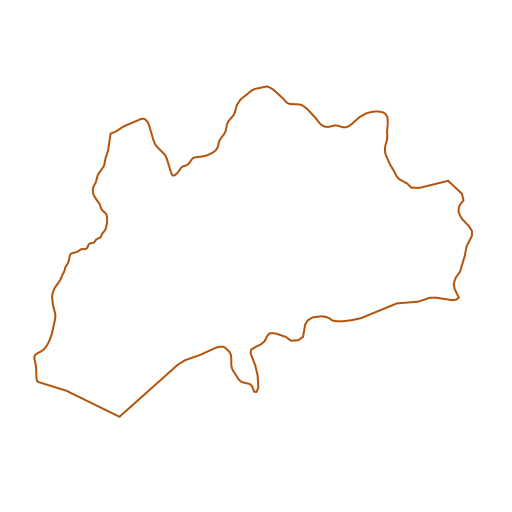 SVG path tracing the border of Nong Bua Lam Phu, rotated 94°
{"feature_id": "THA-449", "entity_name": "Nong Bua Lam Phu", "entity_type": "Province", "adm_level": 1, "iso_a3": "THA", "parent_name": "Thailand", "parent_adm1": "", "projection": "albers", "projection_center": [102.251, 17.201], "detail": "fine", "context": "isolated", "style": "outline", "palette": "amber", "viewbox_px": 512, "rotation_deg": 94, "n_neighbors": 0, "source": "natural_earth", "source_scale": "10m", "svg_char_len": 3422}
<svg xmlns="http://www.w3.org/2000/svg" viewBox="0 0 512 512"><g transform="rotate(94 256 256)"><path d="M425.9,381.0L403.6,435.9L397.2,463.1L396.2,465.6L395.2,466.0L392.4,466.6L384.9,467.3L381.0,467.9L373.7,470.0L371.5,469.9L369.7,469.1L368.7,467.9L366.3,464.0L364.4,461.6L363.1,460.5L360.2,458.6L357.2,457.1L354.0,455.9L346.9,454.0L332.7,452.0L330.6,451.9L328.7,452.1L326.9,452.5L319.2,455.1L311.7,456.5L309.2,456.5L307.4,456.3L302.1,454.7L293.7,449.7L287.0,447.3L286.5,446.9L286.0,446.7L284.9,446.3L280.4,445.3L278.2,444.2L277.6,443.8L274.0,442.4L270.0,442.0L267.8,441.5L266.5,440.5L265.9,439.2L264.9,436.2L264.3,434.8L263.6,433.7L261.8,431.5L261.3,430.2L261.1,428.7L261.1,427.2L260.6,425.9L259.6,425.0L258.2,424.4L256.7,424.0L255.5,423.2L254.8,421.9L254.5,420.4L254.1,419.0L253.1,418.0L250.8,416.6L249.9,415.5L248.6,412.9L247.5,412.0L244.6,411.1L241.7,409.0L239.3,407.8L233.7,406.9L229.9,407.0L227.2,407.3L225.6,407.9L224.4,408.6L223.4,409.6L221.7,412.0L220.5,413.1L218.8,414.1L216.1,415.1L214.4,416.1L213.1,417.1L211.8,418.5L206.6,422.2L204.2,423.0L201.9,423.4L200.0,423.3L198.4,423.1L193.8,421.0L192.6,420.7L186.4,419.5L183.8,418.2L177.7,414.4L176.3,413.9L174.7,413.6L169.4,413.0L161.0,410.9L144.1,409.6L142.1,405.4L141.3,404.1L137.2,398.8L135.5,396.2L127.3,380.2L126.9,378.5L127.2,376.6L128.9,374.4L130.5,373.0L132.2,372.1L148.1,366.2L151.2,364.6L152.4,363.8L154.6,361.6L161.6,353.7L164.9,351.9L179.3,346.3L180.7,345.5L181.5,344.5L181.3,342.9L179.5,340.9L178.0,339.7L173.4,337.0L172.3,335.9L171.4,334.5L170.9,332.9L170.1,331.4L169.2,330.1L168.0,329.1L163.8,326.6L162.6,325.5L161.8,323.5L160.4,316.2L158.9,311.5L155.6,306.0L153.5,303.7L152.2,302.7L148.9,301.4L145.3,301.0L143.6,300.6L140.6,299.0L136.6,296.3L133.3,295.0L127.3,294.2L125.4,293.7L123.8,293.1L117.3,288.4L114.0,287.0L108.1,286.0L106.5,285.5L100.8,282.2L91.2,271.8L89.5,269.0L86.1,257.1L86.9,254.1L88.8,250.4L97.0,240.0L99.2,237.8L100.3,236.8L101.3,235.1L102.0,232.9L101.8,223.5L102.1,221.7L102.6,220.0L104.3,217.4L106.7,214.1L115.2,205.2L118.9,202.0L120.4,200.2L121.4,198.5L122.2,196.4L122.2,193.1L121.7,191.0L120.5,187.6L120.2,185.9L120.2,184.0L121.4,178.8L121.5,176.8L121.2,175.1L120.6,173.6L119.7,172.1L117.7,169.7L110.7,162.9L109.9,161.9L106.4,156.7L105.1,153.6L104.1,150.2L103.4,146.4L103.3,144.5L103.4,142.6L103.6,140.7L104.1,138.7L105.5,136.6L108.2,134.6L113.3,133.8L123.2,133.9L127.1,133.4L131.0,133.4L136.5,134.6L140.5,134.9L143.3,134.5L146.4,133.5L155.7,128.5L163.1,123.3L166.6,121.4L169.5,118.4L173.2,110.2L177.0,105.9L176.6,97.6L167.6,69.6L179.5,54.9L186.0,52.9L190.3,55.9L192.9,57.0L197.5,57.1L201.1,55.5L204.7,53.0L211.8,45.3L215.8,42.4L220.7,42.0L231.7,46.6L241.6,47.8L257.4,51.4L263.6,55.2L270.0,56.9L275.1,55.5L283.3,50.8L285.6,53.1L286.3,57.7L285.0,74.0L285.6,79.9L290.2,90.8L293.5,112.3L310.7,147.0L313.4,156.3L315.2,165.8L315.5,171.4L315.0,175.3L313.2,178.1L311.9,181.8L311.6,186.6L313.3,195.3L316.5,199.8L321.0,202.2L333.3,203.4L337.1,208.1L338.0,215.3L334.6,220.6L332.1,230.3L331.8,234.2L332.4,237.4L335.7,239.6L340.4,241.4L344.1,245.4L346.4,249.5L349.7,254.3L353.6,254.6L364.9,249.2L375.2,246.0L387.4,244.5L391.6,246.1L391.6,248.3L386.0,251.0L384.1,253.4L383.1,259.8L382.4,262.0L380.6,264.5L371.5,271.2L368.9,272.4L366.5,273.1L360.8,273.4L356.5,274.1L354.6,275.1L352.9,276.4L349.9,280.1L348.9,281.9L348.9,284.8L349.9,288.9L358.6,304.9L364.9,319.5L370.0,326.5L425.9,381.0Z" fill="none" stroke="#b45309" stroke-width="2"/></g></svg>